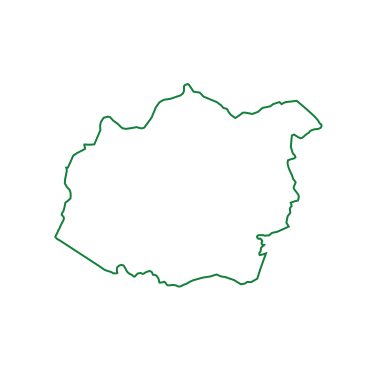 outline of Bouca, Ouham, Central African Republic, rotated 252°
{"feature_id": "33826404B6253227494909", "entity_name": "Bouca", "entity_type": "district", "adm_level": 2, "iso_a3": "CAF", "parent_name": "Central African Republic", "parent_adm1": "Ouham", "projection": "natural_earth1", "projection_center": [18.249, 6.335], "detail": "fine", "context": "isolated", "style": "outline", "palette": "green", "viewbox_px": 384, "rotation_deg": 252, "n_neighbors": 0, "source": "geoboundaries", "source_scale": "gbopen_adm2", "svg_char_len": 3518}
<svg xmlns="http://www.w3.org/2000/svg" viewBox="0 0 384 384"><g transform="rotate(252 192 192)"><path d="M284.2,230.0L286.9,224.5L289.5,223.8L293.2,222.7L294.8,222.3L296.0,221.4L296.0,220.1L295.8,218.3L295.2,217.2L294.2,216.8L292.3,216.2L291.0,215.7L289.7,214.9L288.4,213.6L287.4,210.9L287.4,207.2L287.3,200.1L288.4,193.7L287.9,191.0L287.3,188.7L283.7,183.8L275.1,176.4L268.4,167.1L267.9,166.2L268.0,164.6L268.2,163.4L269.5,161.2L270.8,159.5L271.5,154.1L272.5,148.5L274.2,145.5L275.9,144.4L279.7,142.5L284.3,139.1L288.6,137.2L289.7,135.2L289.8,132.8L289.9,131.0L288.3,128.9L286.7,127.0L283.5,125.1L279.1,124.0L267.5,113.8L268.2,110.8L269.2,107.5L270.1,105.5L270.4,104.4L269.8,104.0L268.1,103.9L266.8,104.0L266.0,103.5L264.5,94.5L263.3,90.3L254.7,82.6L253.6,81.5L254.0,79.9L252.9,80.0L250.5,79.3L243.2,75.2L239.5,73.7L235.6,74.5L231.6,76.3L229.2,76.3L226.0,75.5L223.4,74.4L221.9,71.0L221.0,68.3L218.5,66.9L215.7,65.3L213.6,63.8L212.1,62.0L210.7,61.0L209.9,61.3L208.3,62.0L207.0,62.2L205.2,61.3L204.0,60.1L202.1,58.1L200.0,56.1L197.9,54.4L197.2,53.3L195.0,51.5L192.6,49.0L191.5,48.1L188.9,49.3L187.4,50.7L186.8,51.3L149.6,81.3L145.4,84.5L144.1,85.8L143.3,87.0L142.5,88.1L141.6,89.4L140.5,90.8L139.1,91.8L138.0,94.8L138.1,96.0L140.7,96.3L142.8,97.1L143.7,98.0L144.6,100.4L144.4,102.6L143.1,104.3L140.9,104.8L138.2,105.3L136.4,105.6L134.0,106.9L131.5,109.4L130.0,110.2L129.3,111.0L129.5,112.0L130.4,113.4L130.9,114.4L131.2,115.5L131.0,117.8L130.2,118.8L129.5,119.6L129.2,120.7L129.8,122.3L130.0,124.1L130.0,126.8L130.0,127.5L128.2,129.0L126.6,129.2L125.3,129.4L124.9,130.6L123.7,132.1L122.7,132.6L120.3,133.3L118.0,133.3L116.8,133.0L115.9,133.1L115.4,134.7L115.3,135.2L115.2,137.6L115.2,137.9L113.9,138.7L112.5,139.1L111.4,139.6L110.6,140.2L110.1,142.2L109.5,145.2L108.2,147.8L106.2,150.0L105.8,152.2L106.4,155.7L106.4,158.2L107.2,161.6L107.7,165.8L107.2,176.2L106.0,183.4L106.0,189.7L102.5,193.9L100.8,197.4L95.3,204.7L89.1,210.0L88.6,214.2L89.4,216.6L88.0,220.4L89.4,227.3L97.9,233.4L110.8,243.4L110.7,240.4L110.9,238.5L111.1,236.9L111.8,236.9L113.0,237.1L114.3,238.9L114.7,238.9L116.3,239.9L117.2,240.1L118.7,242.2L118.9,243.7L119.4,244.3L120.0,242.9L120.7,242.5L121.2,242.2L122.2,242.5L123.2,243.4L123.8,243.7L124.4,243.5L126.4,242.8L126.6,242.2L127.0,240.7L128.3,240.0L128.6,240.0L129.6,240.1L130.3,241.3L130.1,243.0L128.9,246.5L128.0,247.6L127.0,251.9L128.4,255.5L127.8,260.8L129.2,273.3L133.7,272.3L139.3,275.4L141.8,279.0L144.3,279.6L146.2,280.0L147.2,281.3L147.8,282.4L148.9,282.6L150.2,282.5L151.4,282.6L151.4,287.3L151.2,290.1L152.5,291.1L155.0,292.3L156.6,292.2L159.1,291.5L161.1,290.7L163.0,290.1L164.6,290.0L165.7,290.7L167.2,291.9L168.4,293.0L169.4,293.6L172.9,292.3L177.6,292.2L182.1,291.6L184.9,291.4L187.9,291.5L190.0,291.8L192.5,293.1L192.6,295.2L192.5,297.8L192.4,299.7L193.0,301.1L195.0,301.1L197.0,300.0L197.8,299.8L202.1,299.9L204.3,299.9L214.8,304.4L215.1,306.3L215.1,306.8L212.2,309.2L211.9,309.4L210.2,311.1L209.5,312.0L209.5,313.7L210.4,315.9L210.8,316.7L211.7,319.0L212.2,321.4L213.4,323.0L213.6,323.5L213.8,325.7L213.8,327.5L213.5,329.2L213.0,331.2L213.1,333.2L213.5,334.6L214.4,335.4L215.8,335.9L218.2,334.6L221.7,333.8L226.7,331.5L235.6,326.4L240.5,323.4L246.3,319.8L248.6,308.6L247.9,304.3L250.5,303.0L250.5,296.3L249.3,293.0L250.2,285.1L247.8,279.4L247.6,273.4L250.8,267.7L251.7,264.9L250.1,260.2L249.0,256.0L253.4,252.8L256.8,251.5L259.8,251.1L260.9,250.0L262.1,247.9L265.7,246.3L269.8,243.4L279.1,232.5L282.3,231.0L284.2,230.0Z" fill="none" stroke="#15803d" stroke-width="2"/></g></svg>